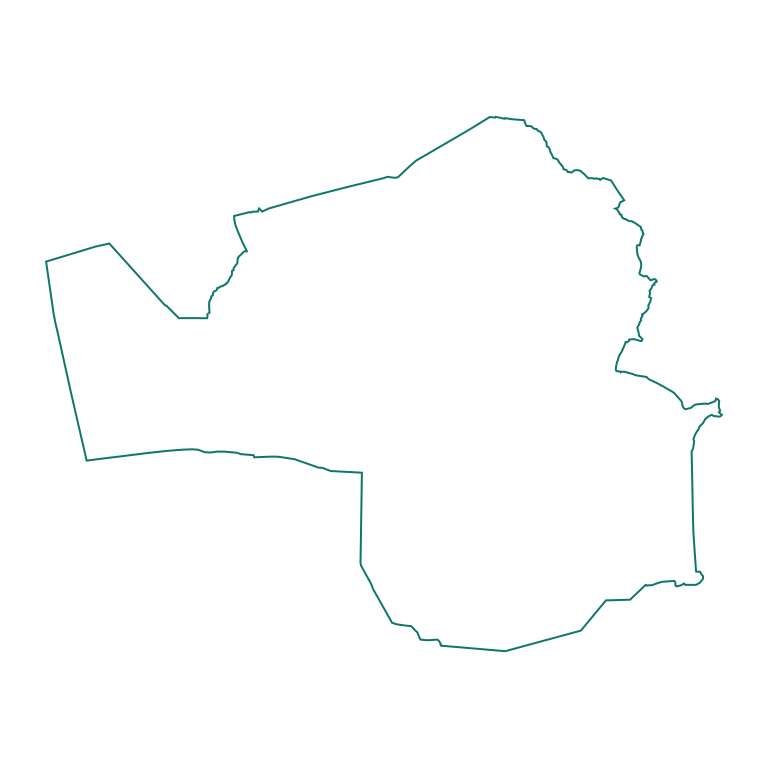 outline of Purépero, Michoacán, Mexico
{"feature_id": "50627088B73803065324582", "entity_name": "Purépero", "entity_type": "district", "adm_level": 2, "iso_a3": "MEX", "parent_name": "Mexico", "parent_adm1": "Michoacán", "projection": "robinson", "projection_center": [-101.968, 19.91], "detail": "fine", "context": "isolated", "style": "outline", "palette": "teal", "viewbox_px": 768, "rotation_deg": 0, "n_neighbors": 0, "source": "geoboundaries", "source_scale": "gbopen_adm2", "svg_char_len": 6104}
<svg xmlns="http://www.w3.org/2000/svg" viewBox="0 0 768 768"><path d="M86.6,460.6L102.3,458.6L127.0,455.6L132.0,454.9L134.3,454.7L147.6,453.0L167.0,450.9L182.0,449.7L192.2,449.3L198.0,449.7L204.7,452.2L210.8,452.5L216.9,451.6L224.1,451.6L237.2,452.8L241.2,454.3L241.5,454.1L243.7,454.4L253.6,455.2L254.3,457.3L271.8,456.6L276.6,456.7L278.8,456.8L294.5,459.2L318.7,467.7L322.2,467.8L330.7,471.0L361.9,472.7L361.0,532.2L360.5,563.0L361.1,565.7L371.3,584.2L373.1,589.1L392.0,622.7L395.7,624.0L398.0,624.5L404.2,625.4L409.5,626.0L411.3,626.2L414.4,629.6L417.3,632.4L420.3,639.5L424.7,640.1L429.5,640.2L434.4,639.8L435.9,639.7L436.8,639.7L437.8,639.9L438.9,640.9L439.7,642.1L440.2,643.1L440.8,644.4L440.6,645.2L441.1,645.7L464.7,647.7L505.1,651.2L580.9,630.6L605.9,600.4L630.1,599.7L645.6,584.9L646.4,585.1L646.7,585.3L647.0,585.7L647.7,585.5L648.1,585.4L649.1,585.3L652.0,585.2L656.5,583.5L662.0,581.8L666.6,581.5L674.1,580.9L675.0,581.7L675.4,583.1L675.4,585.5L676.4,586.4L680.2,585.6L681.9,584.8L684.1,583.5L685.3,584.9L691.7,584.9L696.2,584.8L699.9,582.7L703.1,578.6L703.0,576.6L702.8,575.9L702.6,575.6L702.2,575.2L701.7,574.7L701.3,574.1L700.0,571.7L698.6,571.8L697.3,571.7L696.1,571.5L695.1,557.8L693.4,532.6L692.8,510.3L692.5,494.5L692.5,493.5L692.2,478.6L691.6,451.4L692.8,449.3L693.3,447.5L693.4,445.7L693.9,444.1L694.1,441.6L694.1,440.7L693.8,440.4L693.6,439.8L693.5,438.9L694.1,437.5L694.7,435.6L696.3,432.4L698.2,429.7L699.8,426.1L703.0,423.2L705.2,419.1L708.4,416.5L709.6,415.8L711.4,415.0L712.5,415.2L714.1,416.2L715.6,416.1L718.5,416.7L720.6,416.2L721.9,414.9L718.9,412.3L720.2,410.7L719.2,408.5L718.9,406.5L718.8,404.8L719.0,403.3L719.2,400.8L717.5,399.0L716.0,398.6L715.4,401.0L712.0,402.4L709.9,403.2L708.0,404.0L705.4,403.6L700.2,404.0L695.8,404.5L694.9,404.8L694.2,405.2L692.9,406.2L690.8,407.9L687.7,408.7L686.3,409.1L685.2,409.1L683.9,408.2L683.1,407.1L682.5,405.6L681.8,402.1L681.4,401.2L680.9,400.5L678.3,397.7L675.4,394.3L674.5,393.3L673.2,392.3L671.6,391.3L668.0,389.3L662.6,386.1L659.7,384.6L658.8,384.1L657.6,383.4L654.5,381.9L649.1,379.4L648.1,378.6L647.0,377.4L646.7,377.1L646.1,376.9L639.5,375.9L636.5,375.4L634.7,374.9L633.4,374.3L631.9,373.8L629.1,373.1L626.8,372.4L625.5,371.8L623.2,371.8L621.8,371.7L620.8,372.3L620.6,371.7L620.1,371.6L619.4,371.4L616.9,371.2L615.9,370.3L615.8,368.1L616.6,363.9L617.2,361.7L618.0,360.0L618.2,358.8L618.8,356.6L620.3,353.7L621.3,352.4L623.3,348.1L624.9,344.3L625.6,342.1L627.0,342.3L629.2,340.6L629.3,339.5L630.6,339.4L634.3,339.2L636.7,339.9L639.8,340.8L641.5,341.0L642.1,340.2L642.4,339.2L641.7,338.3L639.1,335.8L638.6,332.4L637.3,327.8L639.1,324.4L639.9,321.8L640.7,321.0L641.0,320.7L641.1,320.2L641.0,319.8L640.8,319.3L641.0,318.3L641.6,317.3L641.9,316.9L642.1,316.6L642.5,315.9L642.5,315.7L642.1,315.3L642.0,314.9L642.0,314.5L642.2,314.3L642.7,314.1L643.4,313.7L645.1,312.3L646.2,311.4L646.7,310.7L648.4,308.4L648.6,307.7L648.6,307.0L648.2,306.1L648.7,304.8L650.3,301.6L650.8,299.5L650.9,298.4L651.1,298.1L649.2,297.0L650.2,292.6L649.5,291.0L651.5,288.1L652.5,285.6L653.2,284.7L654.3,284.7L654.2,284.3L654.2,284.0L654.4,283.5L654.8,283.0L655.4,282.2L655.8,282.0L656.2,282.0L656.6,281.8L656.7,281.3L656.5,280.7L656.3,280.4L655.5,279.7L655.0,279.2L654.7,279.1L653.9,279.2L652.8,279.5L650.5,280.3L646.8,276.1L645.3,276.0L644.0,276.5L642.6,275.8L640.0,274.4L639.4,273.0L640.3,270.4L640.7,268.4L641.1,266.9L641.2,264.4L641.0,262.4L640.1,260.1L638.7,257.8L637.8,255.4L637.2,252.7L636.8,248.1L636.8,247.1L636.9,246.1L637.3,245.3L637.8,245.2L638.4,245.2L638.7,245.2L639.2,245.4L639.6,245.3L640.6,241.9L641.0,240.2L641.1,239.1L641.5,238.4L642.2,236.4L643.1,234.9L643.5,233.7L643.0,233.4L642.8,233.0L642.6,231.5L642.4,230.6L642.0,230.1L641.4,229.6L641.1,229.0L641.1,228.4L641.0,227.4L640.7,226.9L636.7,224.1L634.3,222.6L632.1,221.4L631.7,221.2L630.9,221.3L630.0,221.2L628.6,220.8L627.6,220.4L626.8,219.9L626.1,219.3L625.7,219.0L624.6,219.1L623.4,218.4L622.5,217.7L622.0,217.2L621.8,217.0L621.5,215.1L621.4,214.8L621.2,214.7L620.9,214.6L620.5,214.6L620.1,214.6L619.8,214.4L619.6,214.1L619.5,212.8L619.4,212.5L618.6,211.9L617.9,211.0L617.5,209.9L617.4,209.7L615.3,208.6L617.4,208.0L618.8,206.6L620.1,202.4L624.2,200.3L617.2,190.1L611.1,180.5L603.0,178.0L600.2,179.9L599.3,178.9L597.9,178.9L597.3,178.6L596.2,178.4L595.4,178.7L593.8,178.6L593.1,178.2L590.2,178.2L588.4,178.3L586.7,176.7L584.3,174.1L581.8,172.1L580.8,171.1L579.7,170.6L578.4,170.2L576.3,170.1L574.3,170.4L571.4,172.6L569.4,171.9L568.2,172.2L567.8,172.0L566.6,170.2L565.9,169.7L563.7,169.3L562.6,166.3L561.2,165.1L560.6,163.9L559.8,163.3L558.8,161.7L558.2,160.5L557.3,159.5L555.6,158.5L553.5,158.3L551.7,154.3L550.7,152.7L549.7,149.3L548.3,146.9L546.8,146.3L546.4,141.9L544.3,139.7L543.3,136.4L542.2,134.8L541.5,133.0L540.3,131.8L538.9,131.1L538.1,130.9L537.1,129.9L536.5,128.9L535.3,128.9L534.5,128.9L533.5,128.2L532.9,127.9L531.9,126.7L530.6,126.1L526.5,126.0L525.1,123.0L524.2,120.2L511.6,119.2L505.2,118.1L504.6,118.8L495.6,116.8L494.9,117.6L489.8,117.0L469.2,129.7L465.8,131.7L416.3,160.5L412.8,163.5L408.6,167.2L398.0,177.2L395.0,177.8L391.4,177.4L387.7,176.8L383.0,178.3L350.9,186.1L321.3,193.7L311.2,196.3L268.7,208.5L262.3,211.6L259.1,208.5L257.9,211.6L252.7,211.7L252.0,212.0L251.1,212.5L249.7,212.1L235.6,215.6L234.1,216.0L234.2,218.3L234.5,220.7L235.3,224.5L237.8,231.3L242.8,243.1L246.9,251.2L246.6,251.4L245.6,251.3L244.8,251.4L244.3,251.5L243.8,251.8L239.3,256.2L238.1,257.6L237.4,261.2L237.3,263.4L235.7,265.2L233.6,268.2L233.6,270.1L232.0,271.0L231.9,274.8L230.6,276.7L228.6,280.6L228.0,281.7L227.1,283.1L226.0,283.5L225.8,284.4L224.1,285.0L222.5,286.1L220.7,286.4L219.1,287.7L217.4,287.9L216.9,289.7L215.8,290.7L213.9,291.5L213.1,292.7L213.0,294.4L212.8,295.4L211.4,296.3L211.1,297.3L210.9,298.6L210.3,299.6L209.5,301.2L209.2,301.8L209.1,306.6L209.5,312.7L207.7,313.9L207.3,314.7L207.5,316.4L207.2,318.2L183.0,318.1L179.0,318.2L167.4,306.7L166.5,305.7L164.8,305.1L119.6,254.9L109.3,243.5L108.1,243.8L95.5,246.6L46.1,261.6L53.3,311.6L55.2,322.1L57.4,331.3L60.9,347.1L71.1,393.2L76.7,417.5L86.6,460.4L86.6,460.6Z" fill="none" stroke="#0f766e" stroke-width="2"/></svg>